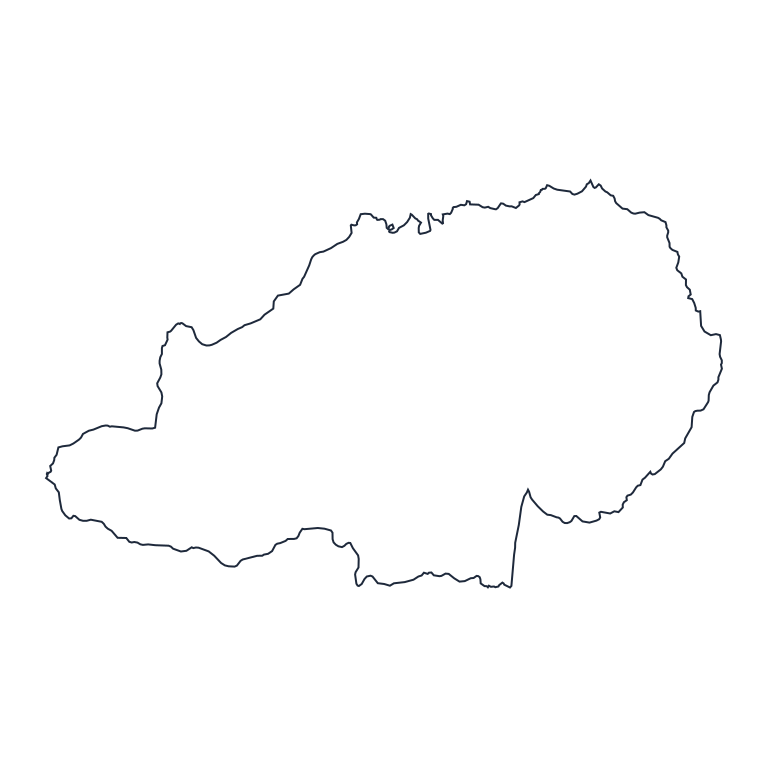 Railaco, Ermera, East Timor
{"feature_id": "22284137B49797009799058", "entity_name": "Railaco", "entity_type": "district", "adm_level": 2, "iso_a3": "TLS", "parent_name": "East Timor", "parent_adm1": "Ermera", "projection": "natural_earth1", "projection_center": [125.456, -8.681], "detail": "fine", "context": "isolated", "style": "outline", "palette": "slate", "viewbox_px": 768, "rotation_deg": 0, "n_neighbors": 0, "source": "geoboundaries", "source_scale": "gbopen_adm2", "svg_char_len": 6090}
<svg xmlns="http://www.w3.org/2000/svg" viewBox="0 0 768 768"><path d="M716.0,334.1L710.8,335.2L704.5,331.5L701.1,325.9L700.2,311.2L698.3,311.6L695.8,310.5L695.7,307.8L694.2,303.0L692.2,299.1L688.2,298.1L688.5,296.3L690.7,294.5L689.8,289.7L687.0,287.2L685.9,285.1L686.0,279.5L682.4,276.7L681.3,273.4L677.3,270.3L676.3,267.8L678.3,262.4L679.2,256.6L677.9,254.4L677.4,251.9L672.4,249.9L670.4,248.1L669.6,246.8L669.5,243.0L667.2,237.3L667.2,235.6L668.2,232.4L668.2,230.6L666.4,227.3L666.4,225.3L665.5,222.1L661.2,220.3L659.7,218.8L658.0,217.8L648.4,215.1L644.4,212.2L639.7,212.6L635.2,213.7L633.4,213.5L631.2,212.6L627.3,209.2L622.5,208.6L616.2,203.1L615.1,201.2L614.6,198.5L613.2,195.8L610.7,195.3L607.2,192.3L605.4,191.5L602.1,188.5L600.7,185.6L598.8,184.3L595.9,187.4L594.6,187.9L593.4,187.0L590.5,180.5L588.8,183.1L586.8,184.3L586.0,186.6L582.0,191.3L577.4,193.7L574.5,194.6L572.4,194.0L570.1,191.5L557.2,189.7L553.7,188.5L549.3,185.8L547.1,185.2L545.7,188.3L544.9,188.8L542.5,188.9L541.8,189.9L540.8,190.0L540.2,191.9L538.8,193.4L538.8,194.1L535.8,195.0L533.3,198.1L524.5,202.1L522.5,201.4L519.5,202.3L519.6,204.5L519.1,205.4L515.9,208.0L511.6,206.3L509.7,206.4L505.9,205.6L503.2,203.7L501.4,203.4L500.9,203.4L497.7,208.1L496.0,209.3L495.1,209.2L490.3,208.1L488.2,206.8L484.8,207.6L482.6,207.2L478.6,204.7L470.1,204.4L469.6,201.7L467.0,201.1L466.1,204.2L464.4,205.3L460.8,204.8L456.4,206.8L453.5,207.1L452.7,208.1L452.8,208.9L451.1,212.8L449.8,214.1L447.5,213.6L442.8,214.4L443.3,215.9L442.7,220.4L443.0,223.2L442.3,223.6L438.0,219.9L434.3,219.9L432.8,218.3L431.0,215.3L431.0,214.1L428.8,213.5L428.2,213.8L428.2,218.5L430.5,229.9L430.1,230.9L425.9,232.7L420.2,233.9L418.8,232.4L418.7,228.0L419.1,225.8L421.0,222.6L417.9,220.5L417.2,219.3L415.3,218.4L411.8,214.7L410.7,214.1L409.9,217.7L407.1,222.1L403.9,225.3L399.0,227.9L397.0,231.3L394.4,232.6L392.7,232.8L389.5,232.1L389.1,231.3L389.6,230.1L391.7,229.4L393.7,228.0L392.4,224.6L389.7,225.8L389.0,226.6L388.6,229.0L388.1,229.1L386.7,227.8L386.4,224.3L385.2,220.7L383.0,219.1L380.6,219.1L379.7,219.7L377.5,219.9L376.9,219.6L376.3,217.8L373.7,217.6L370.9,214.4L370.1,214.1L364.9,213.7L360.7,214.2L358.9,219.0L356.9,222.4L357.1,224.3L355.7,225.3L354.2,225.4L351.4,224.7L350.8,225.4L351.6,232.9L349.2,236.9L346.4,239.9L343.0,241.8L337.3,243.9L331.0,248.1L323.4,251.6L319.7,252.2L315.2,254.2L313.8,255.4L312.3,257.1L311.2,259.3L309.2,265.4L304.1,276.8L302.5,278.8L300.1,284.8L293.6,289.4L288.8,293.6L277.9,295.6L273.8,301.4L273.3,308.6L264.5,314.7L260.3,319.3L250.6,323.4L244.5,325.2L242.2,327.1L237.8,329.0L231.1,332.9L226.0,337.0L220.6,339.9L216.6,342.7L211.8,344.8L209.4,345.4L206.4,345.5L202.2,344.2L198.9,341.4L196.1,337.9L193.4,330.1L191.6,327.2L186.1,326.1L182.4,323.3L181.2,323.0L180.1,323.4L179.8,324.0L178.2,323.4L176.1,324.7L171.1,330.8L170.1,331.6L167.5,332.3L167.3,337.6L167.6,339.6L165.0,345.2L162.5,346.0L161.9,348.1L161.9,354.0L160.3,357.2L159.6,360.8L159.6,363.5L161.3,369.7L161.4,374.3L160.3,377.5L157.2,383.3L157.6,386.1L161.4,392.4L162.2,396.4L162.0,398.3L161.4,403.3L159.0,407.6L156.7,414.3L155.1,427.7L152.2,428.5L144.9,428.3L142.4,428.7L137.6,430.6L135.0,430.7L127.7,428.2L123.6,427.4L111.8,426.3L109.9,426.7L107.7,425.6L105.6,425.5L101.7,426.2L93.4,429.6L88.9,430.7L83.0,433.9L81.0,437.6L79.0,439.6L73.4,443.5L69.6,445.4L62.5,446.3L58.4,447.4L56.6,454.8L54.4,457.7L54.2,460.1L53.0,463.4L50.2,466.0L51.2,470.7L50.6,471.8L48.5,472.9L48.0,473.7L47.2,473.0L46.8,474.0L47.5,476.0L46.1,478.1L54.7,484.5L55.8,488.4L58.8,492.3L59.8,500.1L61.4,508.9L62.2,511.0L65.3,515.3L69.1,518.5L71.4,518.3L73.4,515.8L75.2,516.1L79.4,519.8L83.0,520.8L86.7,520.8L90.8,519.7L101.7,521.8L103.8,523.8L105.5,526.6L107.8,528.7L111.6,530.8L117.6,537.8L126.3,538.0L129.3,541.8L131.7,542.5L134.3,542.0L137.5,542.6L140.3,544.3L142.9,544.9L148.2,544.4L155.2,545.2L168.6,545.7L170.9,546.6L173.1,548.7L180.9,551.5L186.4,550.8L191.7,547.3L193.3,548.1L195.9,547.5L198.6,547.7L208.7,551.4L214.2,555.7L221.1,563.0L224.9,565.4L228.7,566.3L234.6,566.6L236.9,565.6L240.6,560.8L242.7,559.5L257.1,555.8L262.3,555.7L263.9,554.6L268.1,553.8L272.1,551.1L275.4,544.9L277.2,543.7L280.2,543.1L285.6,540.9L287.7,539.0L294.2,538.9L296.6,538.3L298.4,536.0L299.7,532.7L302.4,528.8L304.4,529.2L317.8,528.0L324.5,528.7L331.0,530.5L332.5,532.7L332.6,539.2L333.6,542.4L335.8,544.7L338.4,546.3L342.0,547.1L344.4,545.8L346.3,543.9L348.6,542.8L350.3,543.0L352.9,548.2L358.1,555.4L358.7,558.9L358.5,567.5L355.6,572.2L355.1,574.5L356.4,583.7L357.6,585.6L358.9,586.0L361.7,584.0L364.5,579.0L366.8,576.5L370.5,575.7L372.5,576.5L377.8,583.2L384.2,584.0L389.9,585.7L393.9,583.3L404.7,582.1L413.5,579.7L418.4,576.5L421.6,575.5L423.9,572.7L427.7,573.9L428.9,572.7L431.4,572.5L433.8,575.3L439.5,576.2L441.4,575.9L445.5,573.6L448.7,573.9L454.2,578.3L459.5,581.6L464.8,581.1L470.8,578.2L473.6,578.0L476.6,575.9L478.2,576.1L479.7,577.2L480.4,579.3L480.7,583.4L484.5,586.1L486.8,586.2L487.9,587.3L488.9,585.7L490.9,586.8L494.0,586.5L495.3,587.2L498.4,586.5L499.2,585.1L502.4,582.6L503.6,583.4L504.3,584.7L510.0,587.5L511.4,585.9L514.1,554.6L515.1,547.7L515.2,542.8L518.8,525.0L521.3,506.9L524.2,496.4L526.9,492.4L528.0,489.7L529.1,491.8L530.6,497.3L532.1,499.6L537.7,506.2L543.1,511.5L547.3,514.7L550.8,515.1L556.6,517.3L558.5,517.6L560.0,518.5L562.6,521.8L564.7,523.0L567.1,523.1L569.7,522.2L571.4,521.0L574.3,516.1L576.3,516.0L582.5,521.4L589.5,522.6L596.5,520.6L599.2,519.2L600.2,517.4L599.3,512.6L600.9,511.8L610.2,513.5L614.3,511.3L618.5,512.1L622.8,507.5L622.7,504.6L623.9,502.2L626.8,500.2L626.4,497.2L627.5,495.6L630.8,494.6L632.9,492.5L636.2,487.3L637.8,485.7L640.4,485.1L642.5,479.6L645.0,477.7L650.3,471.8L651.0,473.5L652.5,474.5L654.8,474.1L660.8,469.4L662.9,466.7L665.2,461.2L668.8,458.8L672.5,453.6L684.2,443.0L685.2,438.4L691.6,427.2L692.3,416.9L694.0,412.0L695.3,411.1L697.3,410.7L700.6,410.6L703.5,409.3L708.1,402.1L708.6,400.6L708.8,395.0L709.6,392.2L713.4,385.6L717.5,382.4L718.4,379.7L718.4,377.2L721.9,368.7L721.0,364.6L721.8,363.1L721.8,360.3L720.1,356.8L719.6,354.1L721.1,341.3L720.9,339.4L719.9,335.1L716.0,334.1Z" fill="none" stroke="#1e293b" stroke-width="2"/></svg>